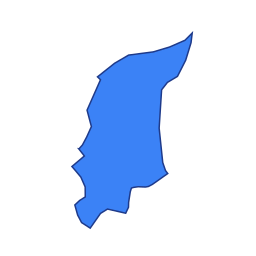 SVG path tracing the border of Famagusta, rotated 281°
{"feature_id": "CYP-3466", "entity_name": "Famagusta", "entity_type": "District", "adm_level": 1, "iso_a3": "CYP", "parent_name": "Cyprus", "parent_adm1": "", "projection": "mercator", "projection_center": [33.923, 35.018], "detail": "fine", "context": "isolated", "style": "filled", "palette": "blue", "viewbox_px": 256, "rotation_deg": 281, "n_neighbors": 0, "source": "natural_earth", "source_scale": "10m", "svg_char_len": 711}
<svg xmlns="http://www.w3.org/2000/svg" viewBox="0 0 256 256"><g transform="rotate(281 128 128)"><path d="M98.1,83.7L98.1,83.8L102.6,86.5L111.4,89.2L122.4,91.8L137.7,84.4L170.1,91.8L172.4,88.3L179.2,94.1L189.0,102.5L199.7,114.7L207.5,138.2L215.4,153.3L225.0,167.2L233.5,172.9L223.7,173.6L205.6,171.7L188.1,166.7L180.3,158.0L171.9,153.7L133.8,158.6L100.7,168.7L93.4,172.9L90.9,175.7L77.3,162.7L74.5,159.2L73.4,156.4L72.3,149.2L70.8,144.9L69.8,143.0L69.6,142.8L65.8,142.4L55.1,142.8L50.3,143.6L43.9,142.0L44.5,123.3L38.9,117.3L22.5,110.0L26.3,100.5L32.9,95.2L42.3,90.5L47.7,94.4L52.2,99.2L62.0,97.2L70.8,91.1L75.7,85.1L79.5,80.3L92.2,90.5L98.1,83.7Z" fill="#3b82f6" stroke="#1e3a8a" stroke-width="1.5"/></g></svg>